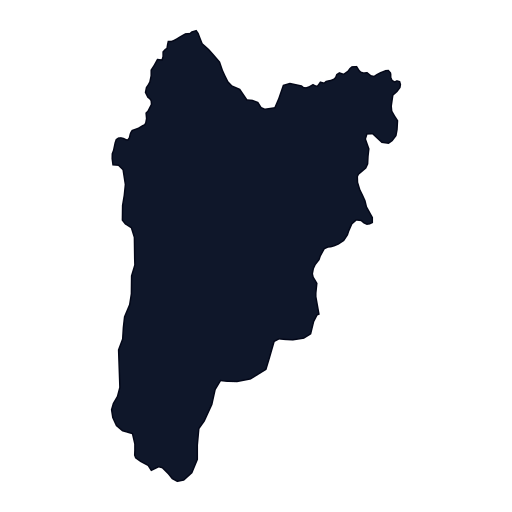 Keningau, Sabah, Malaysia
{"feature_id": "92858781B15741059593966", "entity_name": "Keningau", "entity_type": "district", "adm_level": 2, "iso_a3": "MYS", "parent_name": "Malaysia", "parent_adm1": "Sabah", "projection": "equal_earth", "projection_center": [116.308, 5.235], "detail": "fine", "context": "isolated", "style": "filled", "palette": "ink", "viewbox_px": 512, "rotation_deg": 0, "n_neighbors": 0, "source": "geoboundaries", "source_scale": "gbopen_adm2", "svg_char_len": 2850}
<svg xmlns="http://www.w3.org/2000/svg" viewBox="0 0 512 512"><path d="M151.3,470.3L158.7,466.7L162.4,467.7L168.4,473.7L172.3,478.6L177.3,481.3L183.7,480.0L191.8,472.7L197.3,459.4L197.3,445.1L198.8,428.6L204.2,421.0L211.8,404.4L215.1,389.5L220.5,380.5L226.7,381.2L237.0,381.5L250.4,378.9L265.9,369.3L269.4,357.7L274.1,341.4L279.0,338.8L284.9,339.4L292.8,339.8L303.7,338.1L310.6,333.8L313.6,321.5L317.0,314.9L318.9,314.1L315.8,296.7L315.8,293.1L316.8,283.4L315.3,280.8L313.1,277.2L312.3,273.8L313.3,268.5L315.1,264.6L319.0,259.6L320.2,256.0L324.2,248.7L327.9,247.0L330.9,246.7L334.3,245.7L338.3,244.0L343.7,240.4L347.4,234.8L348.6,231.1L351.8,223.8L356.3,219.9L361.2,220.5L363.9,222.8L366.9,224.2L369.6,223.8L372.3,222.5L372.3,217.5L370.1,213.6L366.4,206.9L364.9,200.7L362.5,195.4L359.7,189.7L357.5,182.4L357.3,176.5L358.4,174.2L365.7,168.0L367.6,163.9L368.0,156.1L368.8,148.9L365.3,139.0L366.9,133.9L372.7,133.7L381.9,142.3L388.5,143.2L392.1,140.6L395.9,135.6L397.0,129.6L397.5,120.7L394.5,116.1L391.7,111.2L391.2,106.1L392.8,95.1L396.9,91.5L399.9,87.5L400.4,84.5L399.6,81.7L396.9,80.9L394.7,82.0L392.0,80.5L390.7,77.5L390.7,74.3L390.4,72.9L388.3,70.5L385.7,70.7L383.0,71.8L380.6,72.7L377.0,74.6L374.1,76.5L370.8,75.8L367.0,72.7L363.7,73.1L360.7,72.2L359.0,70.5L356.6,66.7L353.9,66.8L352.0,66.9L350.0,68.6L348.1,71.2L343.8,74.3L342.2,73.9L339.4,72.9L336.8,74.6L335.7,77.5L334.0,79.2L330.8,80.5L328.6,80.9L326.1,81.5L324.2,83.2L322.6,82.8L320.4,82.2L318.8,84.5L317.3,86.4L315.0,85.8L313.0,84.7L309.4,86.8L306.2,87.9L303.5,87.7L301.5,86.0L289.9,83.5L283.4,85.4L278.9,98.5L274.9,107.8L264.8,109.3L261.0,107.6L257.8,102.5L252.2,100.4L246.9,100.0L239.7,89.4L231.8,86.0L227.8,81.8L224.7,75.6L222.3,70.3L219.5,62.1L213.5,55.1L208.6,49.6L204.6,46.0L202.1,43.8L199.6,37.5L198.1,33.5L196.2,30.7L191.8,32.0L189.9,33.7L188.0,33.7L185.5,33.9L182.8,35.4L179.5,37.3L176.8,39.0L173.6,40.7L171.4,41.5L168.3,41.5L167.6,44.7L167.0,48.5L165.4,49.4L163.1,51.9L163.1,56.6L162.1,59.9L160.5,59.9L157.5,59.5L154.2,65.5L151.2,70.1L151.2,75.8L149.9,82.0L148.2,85.1L146.5,87.5L145.5,92.4L147.9,97.2L149.8,98.7L151.2,100.6L151.5,104.4L148.0,111.2L146.1,113.1L146.6,118.6L145.8,122.9L144.7,124.8L142.5,125.8L138.6,128.2L135.9,129.2L132.2,130.5L131.0,132.4L130.3,134.1L129.4,137.9L127.8,140.0L126.1,139.8L123.5,138.5L120.9,137.9L118.5,138.1L116.3,139.6L115.2,142.8L114.4,146.6L113.6,150.4L112.3,153.8L112.2,158.7L113.0,164.8L118.5,165.2L123.1,169.7L125.4,184.5L124.3,195.3L122.6,205.5L122.4,220.1L125.4,223.9L131.4,227.7L134.4,237.3L134.7,258.7L134.9,265.0L131.6,275.9L131.4,293.9L129.7,304.7L124.6,316.8L123.4,327.4L122.7,339.0L118.6,349.9L119.9,387.4L117.5,396.5L113.4,403.5L111.6,409.7L112.8,417.5L116.5,425.6L122.5,430.7L132.5,433.6L134.9,444.0L134.9,450.4L134.7,455.1L135.7,457.8L140.7,461.4L148.2,465.4L151.3,470.3Z" fill="#0f172a" stroke="#020617" stroke-width="1.5"/></svg>